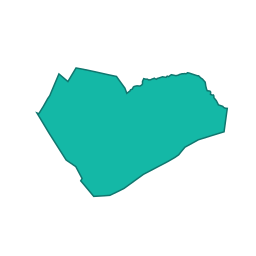 outline of San Pedro Nopala, Oaxaca, Mexico, rotated 204°
{"feature_id": "50627088B60973243013537", "entity_name": "San Pedro Nopala", "entity_type": "district", "adm_level": 2, "iso_a3": "MEX", "parent_name": "Mexico", "parent_adm1": "Oaxaca", "projection": "mercator", "projection_center": [-97.588, 17.813], "detail": "fine", "context": "isolated", "style": "filled", "palette": "teal", "viewbox_px": 256, "rotation_deg": 204, "n_neighbors": 0, "source": "geoboundaries", "source_scale": "gbopen_adm2", "svg_char_len": 1654}
<svg xmlns="http://www.w3.org/2000/svg" viewBox="0 0 256 256"><g transform="rotate(204 128 128)"><path d="M122.0,56.5L117.2,59.1L110.4,67.1L107.0,71.3L95.1,91.9L77.8,113.8L73.3,120.0L70.8,124.1L69.7,128.3L68.2,133.6L58.9,145.9L47.9,155.6L38.7,163.6L45.3,186.3L47.1,185.7L48.3,185.6L49.3,185.8L50.2,186.3L51.7,186.2L52.9,186.1L54.8,185.9L55.5,186.5L58.3,188.8L59.8,189.6L62.0,190.7L62.2,191.4L62.7,192.3L63.4,192.9L64.3,192.4L66.3,192.2L66.6,193.2L66.9,194.0L67.3,194.6L68.1,195.0L69.0,194.8L70.8,194.3L72.0,195.4L72.7,196.3L73.5,197.3L74.0,197.9L74.6,198.9L75.5,200.3L76.2,201.3L79.9,203.0L81.3,203.2L83.5,203.9L84.7,204.4L85.4,204.1L86.3,203.9L94.1,203.1L95.2,202.9L96.1,202.7L96.4,202.0L97.2,201.1L98.6,200.7L99.4,200.1L100.6,199.6L101.9,198.5L102.9,197.7L103.5,196.7L104.5,196.1L105.4,195.3L105.5,195.3L110.1,194.3L110.7,193.4L111.7,191.5L113.3,191.3L113.8,189.8L116.1,189.1L117.2,188.9L120.7,185.7L121.4,185.2L121.8,184.1L123.2,184.0L124.3,184.2L125.0,183.2L125.7,182.8L127.0,181.2L128.8,180.3L130.1,180.5L131.7,179.8L133.7,179.5L133.7,179.4L133.7,176.4L133.1,175.1L132.7,174.2L132.8,173.3L133.3,172.3L134.1,171.2L135.2,170.8L136.9,170.2L138.2,169.3L139.3,168.4L139.8,167.5L139.9,165.2L140.6,164.6L141.2,163.9L141.3,162.6L143.2,159.2L147.1,163.2L154.4,167.4L159.5,170.4L166.5,168.9L166.9,168.8L181.3,165.9L185.0,165.1L190.3,164.0L190.5,163.9L192.4,163.5L192.5,163.5L192.7,163.4L192.9,163.4L199.9,161.7L201.8,146.0L213.1,149.3L212.7,128.6L212.6,125.9L213.3,122.2L214.1,113.5L215.3,104.8L217.3,104.7L198.0,91.2L171.5,73.6L160.0,71.5L149.4,63.2L149.7,60.5L145.3,58.4L131.5,51.6L122.0,56.5Z" fill="#14b8a6" stroke="#0f766e" stroke-width="1.5"/></g></svg>